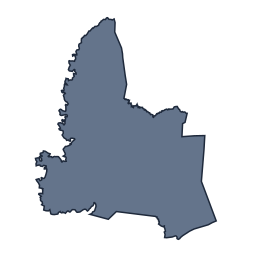 Aowin, Western, Ghana, rotated 182°
{"feature_id": "2480657B72501418673064", "entity_name": "Aowin", "entity_type": "district", "adm_level": 2, "iso_a3": "GHA", "parent_name": "Ghana", "parent_adm1": "Western", "projection": "albers", "projection_center": [-2.683, 5.694], "detail": "fine", "context": "isolated", "style": "filled", "palette": "slate", "viewbox_px": 256, "rotation_deg": 182, "n_neighbors": 0, "source": "geoboundaries", "source_scale": "gbopen_adm2", "svg_char_len": 5898}
<svg xmlns="http://www.w3.org/2000/svg" viewBox="0 0 256 256"><g transform="rotate(182 128 128)"><path d="M87.6,19.8L85.6,19.7L80.0,20.6L76.8,21.9L76.1,21.7L75.1,20.6L75.2,19.3L74.8,18.9L73.8,18.5L72.5,19.2L71.7,20.4L69.6,22.3L62.9,27.0L58.4,29.4L44.4,34.1L40.5,36.4L36.6,38.2L52.8,77.2L51.3,109.5L51.0,123.1L61.4,122.5L73.8,121.2L73.6,134.3L71.2,135.6L69.4,144.7L70.4,144.7L71.6,145.9L72.5,146.0L73.2,145.7L74.3,146.3L74.7,145.9L75.4,145.9L76.7,147.0L77.1,148.3L77.9,148.6L78.6,149.8L79.2,150.2L79.4,151.2L80.6,151.2L82.5,150.7L83.7,148.6L86.0,148.3L87.5,148.4L87.8,147.9L88.4,148.3L89.1,147.6L90.1,148.2L91.8,147.5L92.2,147.0L94.0,146.2L94.4,146.5L95.1,146.1L95.1,145.2L95.6,144.8L96.8,145.0L97.5,144.3L97.5,143.8L98.5,143.9L99.0,143.1L99.8,143.3L101.0,141.3L101.9,141.1L102.4,140.7L102.7,139.7L103.0,139.5L103.6,140.1L103.6,140.7L103.2,141.1L103.7,142.0L105.3,142.5L106.0,142.2L106.9,144.0L107.5,143.8L108.9,145.1L109.8,144.9L110.2,146.0L111.1,146.7L111.2,146.4L111.7,146.8L112.2,146.6L112.3,147.4L113.8,148.0L114.2,149.1L115.0,148.9L115.7,149.2L116.3,149.1L116.8,148.4L117.4,148.7L118.4,148.8L117.8,149.6L118.6,149.7L118.9,150.2L119.5,150.7L118.9,151.6L119.6,151.2L119.8,152.0L120.5,150.6L120.7,150.8L121.6,150.3L122.7,150.4L123.1,150.1L123.3,148.6L124.4,149.1L124.1,150.0L125.3,149.6L125.0,150.9L125.9,151.4L125.7,152.9L127.0,152.9L127.4,153.1L127.7,152.5L128.3,152.3L128.7,152.6L128.5,153.3L128.6,153.6L127.7,154.8L127.6,155.5L128.1,155.3L128.5,156.2L128.9,156.3L129.5,155.9L129.9,156.0L130.4,156.7L131.2,156.7L131.7,156.3L132.2,156.6L132.2,157.2L133.1,157.5L130.9,171.5L132.7,180.7L135.7,198.1L136.1,202.1L137.3,207.8L144.6,223.4L144.6,232.9L145.7,236.5L147.5,235.4L148.7,235.9L150.8,235.9L152.2,237.5L152.8,237.5L153.6,236.9L154.3,235.6L156.2,235.7L158.1,234.0L158.6,233.9L158.9,232.9L159.8,232.3L160.7,230.8L161.0,229.6L163.0,228.4L164.5,228.4L166.4,226.4L166.9,226.7L169.4,223.6L170.4,223.6L172.1,220.5L173.5,218.9L174.7,219.0L175.7,217.2L176.7,216.9L177.0,216.0L177.6,215.7L177.7,213.8L177.5,211.7L179.8,210.1L180.0,209.5L180.1,208.0L179.4,206.0L179.9,204.5L181.7,204.3L182.7,202.8L182.2,201.0L181.7,200.2L181.8,199.2L183.0,199.6L184.8,199.8L186.0,199.4L185.8,198.0L184.8,198.6L183.2,198.0L183.1,197.7L182.7,195.2L183.7,193.7L183.8,192.8L185.7,193.1L187.7,192.9L189.0,193.2L189.4,192.9L189.2,190.8L187.8,188.8L188.9,186.7L189.6,184.2L188.6,183.0L185.6,182.7L184.6,183.9L183.9,184.6L183.5,184.6L183.2,184.4L183.2,182.8L181.9,181.3L181.7,180.2L182.8,180.2L184.3,180.6L184.2,178.9L183.6,178.3L183.6,177.6L185.3,175.9L185.2,174.6L185.8,174.0L187.7,174.0L189.1,173.3L189.5,175.1L191.7,175.4L191.6,174.8L192.6,172.4L192.6,171.4L190.5,169.5L190.2,169.0L191.4,169.1L192.1,169.8L192.7,170.1L193.1,169.3L193.1,167.2L193.7,165.3L193.3,164.4L193.4,163.2L193.9,162.7L195.1,163.5L195.8,163.0L195.3,161.5L195.0,161.2L194.6,161.0L192.6,161.3L191.9,160.2L192.8,159.8L193.7,158.3L192.8,155.9L192.7,154.7L191.9,153.1L190.7,152.0L190.0,152.0L188.6,150.1L189.3,148.8L190.9,149.4L191.4,148.7L190.9,147.8L190.7,143.9L190.8,142.9L191.3,142.4L193.5,142.9L194.3,143.2L195.2,144.1L196.2,144.4L197.0,143.9L197.6,142.8L196.6,141.5L196.3,139.5L196.5,139.0L195.8,138.4L194.9,138.2L190.4,139.3L189.1,138.6L189.1,137.9L189.2,137.1L189.5,137.0L190.9,137.5L191.1,137.3L191.4,136.6L190.7,135.5L190.7,134.8L191.8,133.6L192.7,133.6L193.9,134.1L194.4,133.5L193.7,131.9L192.1,132.3L191.3,133.2L191.0,133.0L191.3,131.8L191.1,130.5L191.7,129.2L192.1,128.9L192.5,129.1L193.1,130.2L194.5,130.4L195.8,130.9L197.7,130.5L198.2,129.4L197.1,128.1L195.5,125.5L195.9,124.9L196.9,124.7L196.5,123.9L195.3,123.4L194.0,123.3L192.7,122.7L192.5,120.4L193.6,118.7L191.6,115.9L189.6,114.8L188.9,113.5L187.1,113.9L186.4,113.1L185.3,112.8L185.0,113.5L185.4,114.9L185.0,115.6L183.7,115.9L181.1,115.5L180.8,114.7L183.2,112.4L184.1,111.1L184.3,109.9L185.3,110.3L185.4,110.0L184.8,109.6L185.4,108.9L188.5,107.5L189.9,107.4L192.0,104.6L192.0,104.2L190.0,100.6L189.7,99.7L190.2,98.6L191.8,97.6L190.4,97.0L189.5,97.1L188.9,96.5L188.8,95.3L189.2,94.5L188.6,92.6L189.9,92.4L190.9,92.8L191.9,92.8L192.1,92.3L192.8,91.7L193.5,92.4L193.6,93.3L194.3,94.4L196.5,96.9L197.9,97.0L199.3,96.8L200.3,97.0L201.6,96.6L202.0,96.0L202.8,95.8L203.4,96.7L206.3,96.5L206.8,97.0L206.0,97.9L205.4,98.1L204.9,99.5L207.0,100.1L209.7,101.8L211.3,102.1L211.8,102.1L212.1,100.5L214.7,99.7L214.9,98.8L214.5,98.0L213.1,97.5L213.0,96.8L214.7,96.9L215.4,96.2L214.7,95.3L214.1,95.2L213.4,94.7L213.0,92.5L213.6,91.9L214.7,92.1L215.7,94.8L216.7,95.1L219.4,94.4L219.0,92.8L217.9,91.2L218.7,89.0L218.4,87.0L217.1,87.6L215.2,87.9L214.6,87.8L214.2,86.9L212.2,86.6L211.0,87.7L208.5,87.3L208.3,86.1L210.1,85.6L210.3,84.2L209.7,84.1L208.0,84.5L207.7,84.0L207.7,81.8L208.3,79.0L209.2,76.0L210.0,74.7L210.5,74.6L212.8,75.4L213.1,75.0L212.3,73.9L212.5,73.1L214.1,72.3L215.2,74.2L218.0,73.3L217.4,72.1L215.7,70.1L214.4,67.8L214.6,65.1L211.4,64.6L210.8,64.2L211.4,63.3L210.9,62.4L211.1,61.0L211.0,59.4L212.8,59.7L214.7,59.4L214.9,58.6L212.3,56.7L213.4,55.7L212.8,54.4L213.0,53.1L212.7,52.3L211.3,51.3L210.8,49.5L211.7,48.3L208.9,47.0L209.4,43.1L207.0,42.4L204.5,42.4L203.3,43.6L202.1,39.5L200.8,39.0L198.7,38.9L195.4,39.5L195.0,39.7L194.6,41.1L193.0,42.1L192.9,41.6L191.5,40.9L190.9,40.9L190.5,41.6L190.1,41.6L189.3,41.1L188.2,41.0L187.6,40.6L185.8,42.7L185.3,42.9L184.6,42.9L183.8,42.1L183.0,42.0L180.8,44.5L178.2,44.5L176.4,42.2L175.6,42.0L173.1,42.4L170.1,44.7L168.7,45.3L167.4,45.3L165.7,43.6L164.6,44.4L163.8,45.9L163.0,46.4L161.7,48.4L160.5,48.9L160.2,49.3L159.4,51.1L159.5,52.0L159.2,52.3L158.4,51.9L157.6,50.8L157.2,48.8L158.4,44.4L159.0,43.5L160.4,42.9L161.1,41.3L163.1,40.4L144.5,36.1L136.7,44.1L97.3,40.6L96.7,40.0L96.0,40.1L95.9,39.4L95.4,38.7L95.5,38.4L95.0,38.0L94.4,37.9L94.2,36.1L93.8,36.0L93.5,35.6L93.7,34.5L93.5,34.2L94.1,33.1L91.5,31.3L89.9,30.7L88.3,31.3L88.4,29.8L87.8,29.3L87.0,26.0L88.1,25.3L87.2,22.8L87.6,19.8Z" fill="#64748b" stroke="#1e293b" stroke-width="1.5"/></g></svg>